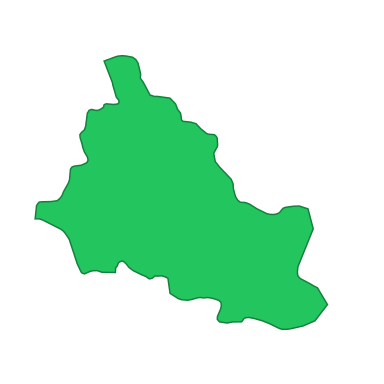 map outline of Uri (orthographic projection), rotated 279°
{"feature_id": "CHE-175", "entity_name": "Uri", "entity_type": "Canton", "adm_level": 1, "iso_a3": "CHE", "parent_name": "Switzerland", "parent_adm1": "", "projection": "orthographic", "projection_center": [8.637, 46.761], "detail": "fine", "context": "isolated", "style": "filled", "palette": "green", "viewbox_px": 384, "rotation_deg": 279, "n_neighbors": 0, "source": "natural_earth", "source_scale": "10m", "svg_char_len": 2297}
<svg xmlns="http://www.w3.org/2000/svg" viewBox="0 0 384 384"><g transform="rotate(279 192 192)"><path d="M154.1,40.6L155.9,41.3L158.1,42.6L158.8,45.0L160.5,54.3L162.3,60.2L165.7,63.0L168.3,64.2L172.3,65.1L181.8,68.6L185.1,69.1L195.4,68.4L197.7,69.4L199.0,71.3L201.2,78.6L204.5,83.5L207.2,84.4L210.2,83.2L214.8,79.4L219.1,77.1L222.5,75.8L227.9,73.1L231.1,72.3L233.5,73.5L236.5,76.0L240.6,76.7L253.4,76.3L256.6,77.6L257.9,80.1L257.6,83.0L257.8,86.1L259.2,88.4L261.8,91.3L264.6,91.6L265.7,93.6L266.2,100.9L267.3,104.8L269.0,106.0L271.0,105.4L273.9,102.4L285.2,97.1L287.2,96.5L307.6,84.7L313.8,95.8L314.6,97.6L315.7,101.8L316.0,105.7L315.8,112.3L313.9,115.9L310.9,118.5L301.2,122.6L299.2,123.0L297.6,123.0L296.4,123.2L295.1,124.3L293.0,126.5L281.3,135.3L280.5,139.6L281.0,142.8L281.3,155.5L276.4,162.0L271.3,164.9L268.3,168.2L265.1,169.4L261.7,170.3L260.4,171.9L260.8,179.7L260.1,185.3L256.0,190.5L252.3,196.8L251.8,198.3L251.7,199.2L252.1,205.2L250.6,207.4L249.1,208.5L242.2,210.0L240.4,209.8L233.6,207.4L225.7,210.2L221.2,215.0L210.6,228.8L206.2,231.4L201.6,232.4L194.2,235.7L191.1,238.4L189.5,241.2L189.6,243.3L189.9,245.1L189.7,247.7L188.9,251.1L185.6,258.6L182.4,269.0L182.1,272.7L182.6,276.5L183.6,279.1L184.9,281.2L186.5,282.4L188.5,283.4L190.3,284.7L191.5,286.8L193.9,294.8L194.9,300.2L193.5,309.2L174.6,317.5L134.7,308.3L129.5,308.6L126.1,309.5L124.5,311.0L123.4,312.6L119.8,323.1L118.1,327.4L117.0,330.9L102.0,343.4L84.0,333.6L77.1,322.7L72.3,310.7L71.1,306.6L70.5,302.7L70.9,299.5L74.2,288.8L75.8,281.6L76.8,273.4L77.0,267.8L76.3,264.9L75.2,263.2L71.5,261.3L70.1,252.8L68.1,247.3L68.0,239.5L70.2,236.9L73.1,236.6L80.6,238.5L84.2,238.8L87.5,237.9L89.1,235.5L89.7,232.5L90.2,228.5L90.3,225.6L90.0,222.9L89.2,220.2L89.1,216.6L88.3,213.9L85.8,208.6L84.4,204.6L84.0,198.5L84.5,195.3L88.4,186.2L103.1,181.7L104.0,178.5L104.5,175.2L103.7,171.9L103.4,169.6L103.0,168.1L101.6,167.2L100.5,166.1L99.5,163.4L101.4,159.5L102.5,154.7L105.1,146.3L107.6,141.6L111.0,137.9L112.3,135.9L112.9,134.3L112.6,133.1L111.8,131.7L110.7,130.5L106.8,129.6L105.2,128.5L100.5,128.9L98.6,115.6L99.5,110.9L98.8,106.6L97.6,103.7L94.3,98.6L94.6,96.4L95.5,95.1L103.1,89.9L126.2,78.1L131.4,73.2L133.3,71.0L134.7,68.4L141.0,48.8L141.6,45.3L140.9,41.3L154.1,40.6Z" fill="#22c55e" stroke="#15803d" stroke-width="1.5"/></g></svg>